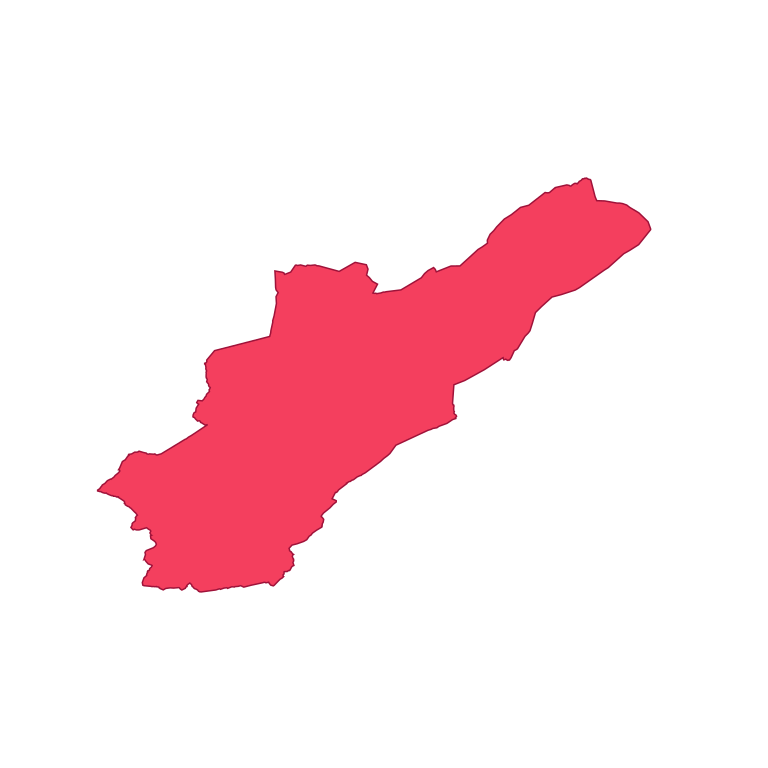 the district of Bjerkreim nor, Rogaland, Norway, rotated 338°
{"feature_id": "86288312B57729087865321", "entity_name": "Bjerkreim nor", "entity_type": "district", "adm_level": 2, "iso_a3": "NOR", "parent_name": "Norway", "parent_adm1": "Rogaland", "projection": "natural_earth1", "projection_center": [6.133, 58.655], "detail": "fine", "context": "isolated", "style": "filled", "palette": "rose", "viewbox_px": 768, "rotation_deg": 338, "n_neighbors": 0, "source": "geoboundaries", "source_scale": "gbopen_adm2", "svg_char_len": 6094}
<svg xmlns="http://www.w3.org/2000/svg" viewBox="0 0 768 768"><g transform="rotate(338 384 384)"><path d="M135.1,507.5L136.6,508.3L151.0,512.0L154.4,512.2L154.8,512.3L155.4,513.1L159.2,513.3L162.0,514.0L162.4,514.9L167.0,515.0L169.3,516.2L169.8,516.0L173.0,517.0L175.6,517.3L177.9,519.8L185.4,520.8L197.5,522.9L198.4,522.9L199.6,523.5L200.0,524.1L202.8,524.6L202.9,525.7L203.6,528.0L205.7,529.7L206.8,529.5L214.4,526.1L216.7,525.8L218.7,525.0L218.4,524.7L219.0,523.1L220.1,522.7L220.9,520.9L221.2,520.6L224.0,521.6L225.6,521.2L226.0,521.5L226.6,521.5L226.6,521.3L227.4,521.1L229.9,519.0L230.8,518.6L232.5,518.5L232.7,515.4L233.9,514.3L234.2,513.7L234.1,513.0L234.6,512.6L234.3,511.4L234.4,509.4L235.1,508.8L235.4,508.3L236.3,508.1L235.6,507.2L235.2,505.4L235.0,505.2L235.1,504.9L234.0,503.2L234.3,502.2L234.4,500.8L238.4,498.9L243.6,499.6L250.5,499.9L253.6,499.5L254.1,499.4L257.6,497.1L259.8,496.7L261.7,495.5L266.7,494.3L272.7,493.4L273.2,492.9L273.1,492.4L273.9,491.7L274.3,490.6L275.8,489.4L277.4,486.9L276.7,484.3L276.1,483.5L276.6,482.7L279.5,481.0L287.6,478.5L291.9,476.5L295.5,475.5L296.0,474.3L292.9,471.0L298.4,466.3L299.1,466.7L300.4,466.4L302.1,465.2L312.2,462.4L312.1,461.9L313.2,461.8L314.8,461.4L316.3,461.7L318.1,461.2L319.9,461.3L324.7,460.0L326.0,460.1L326.9,459.9L328.6,460.2L329.8,459.7L333.4,459.3L351.8,454.5L355.9,452.9L360.5,451.7L363.5,450.6L372.1,445.2L407.5,443.4L410.7,443.7L412.6,443.5L416.7,444.4L419.1,443.8L427.6,444.1L434.3,442.7L437.6,442.9L437.5,442.1L439.1,441.3L439.2,440.9L439.1,439.7L438.2,438.5L437.9,437.4L438.2,436.7L438.9,435.9L438.7,435.5L439.0,433.8L439.4,433.3L439.4,432.7L440.6,430.7L440.5,430.2L440.8,429.8L440.7,429.5L440.2,429.1L440.3,427.6L448.5,410.9L460.2,411.0L482.5,408.3L503.8,404.2L504.3,404.2L504.0,405.5L504.1,406.5L506.2,406.6L506.8,407.4L507.0,407.9L507.7,408.5L508.6,408.5L509.3,408.8L511.7,407.2L517.4,401.8L518.7,401.8L520.9,401.4L532.6,392.6L537.0,390.7L539.3,389.3L544.2,383.4L551.2,374.5L559.1,371.2L572.3,366.3L581.8,367.5L596.5,368.5L601.5,367.8L631.0,360.9L635.5,360.1L655.1,353.0L662.0,352.1L672.3,350.2L689.0,340.8L689.3,340.2L689.6,332.5L684.5,320.9L678.0,312.3L676.1,309.0L672.8,306.1L670.2,304.5L667.9,303.6L657.3,297.0L649.9,293.7L649.9,289.3L652.1,272.5L651.7,271.6L650.1,270.7L650.0,270.2L649.4,269.7L649.1,269.0L648.1,268.7L647.4,268.8L647.1,268.4L645.6,268.5L644.9,268.1L643.2,269.0L640.8,269.3L640.1,269.9L639.0,270.3L638.4,270.8L637.8,270.6L637.3,269.9L635.8,269.4L633.1,269.9L631.9,270.4L631.3,270.4L630.5,269.9L630.2,269.3L628.1,267.9L616.9,266.1L616.2,266.3L616.1,266.1L609.0,268.5L606.9,267.9L605.1,266.8L585.2,272.5L576.7,271.4L565.6,274.7L557.4,276.1L547.4,280.5L543.3,282.9L538.5,284.9L533.7,289.3L532.7,292.2L526.4,293.7L521.6,294.5L498.7,303.0L490.2,299.7L474.5,299.6L474.5,296.9L473.6,294.6L467.4,295.3L463.0,296.8L458.4,299.5L434.9,303.1L420.4,299.2L419.2,299.1L417.7,298.5L415.1,298.4L411.0,297.5L410.5,296.8L408.9,296.3L407.8,295.5L415.4,289.0L411.7,284.5L410.3,279.9L408.6,276.6L412.2,271.5L412.3,266.8L402.8,260.4L384.6,262.8L367.9,250.1L366.2,249.3L365.1,248.1L364.4,247.7L360.2,246.5L357.4,245.1L355.6,245.6L351.3,242.4L348.2,241.7L347.1,240.8L346.3,240.7L339.4,245.3L333.0,245.2L332.8,244.6L332.9,243.7L331.6,242.3L325.2,238.3L322.6,246.0L319.7,253.8L319.2,256.3L320.1,259.6L316.6,262.6L314.4,269.1L307.6,279.7L304.4,283.8L304.1,284.9L299.1,292.2L298.0,294.3L295.8,297.1L239.4,289.6L228.6,295.4L228.1,296.9L227.0,297.7L225.5,297.6L225.2,298.3L225.4,298.6L225.8,298.8L225.8,299.1L225.5,299.8L225.2,301.7L224.6,302.9L224.3,304.2L224.6,304.7L224.1,305.9L223.5,306.3L223.1,307.8L222.3,309.3L222.2,309.9L221.6,310.9L221.8,311.4L221.5,312.3L221.9,313.5L220.4,315.5L220.7,315.9L220.7,316.7L221.2,317.8L221.2,318.7L220.8,319.8L220.9,321.0L221.6,322.1L220.7,323.2L219.6,323.9L219.4,325.5L215.8,327.0L214.9,327.9L214.6,328.5L212.9,329.3L211.3,330.6L209.1,331.5L205.4,329.5L203.4,331.0L203.7,332.1L204.6,333.3L200.8,336.0L198.9,339.4L197.5,339.4L196.9,339.7L195.4,341.2L194.6,342.8L194.7,343.3L195.7,344.1L196.1,345.8L197.0,347.8L197.4,348.2L197.3,348.5L199.2,349.0L199.7,350.2L199.5,350.9L200.2,351.5L202.8,355.1L205.3,355.6L186.0,359.6L182.9,360.0L180.2,360.8L178.7,360.8L151.3,365.3L146.8,364.8L145.5,363.5L145.4,363.0L144.1,362.8L140.3,360.9L139.4,360.9L138.1,360.1L137.8,359.1L135.2,357.3L131.7,354.5L130.4,354.8L129.2,354.6L127.4,353.8L123.7,354.3L121.0,353.6L120.4,354.1L120.4,354.4L120.6,354.6L119.3,355.0L115.8,357.3L112.4,357.9L107.4,362.9L105.7,364.1L106.4,364.6L106.6,365.1L106.3,365.9L104.4,366.9L100.5,368.1L98.8,369.1L95.2,370.1L94.8,369.7L91.3,370.0L88.0,371.6L85.0,372.1L84.0,372.9L82.2,373.8L81.5,374.5L78.7,375.1L78.4,375.9L80.5,377.5L81.2,377.7L82.1,379.0L83.6,380.2L84.6,380.8L85.7,381.1L86.2,382.1L87.5,383.5L89.6,385.5L90.8,385.9L91.0,386.7L92.5,387.3L93.7,388.3L93.8,388.6L94.7,388.7L95.4,389.1L95.1,389.6L95.7,390.2L99.0,395.0L99.3,396.3L98.5,397.5L99.1,398.1L98.9,399.1L100.4,401.2L101.6,402.3L102.3,403.8L102.7,404.2L105.0,409.8L105.3,410.1L106.2,413.2L104.9,413.7L103.3,414.9L103.5,415.4L102.2,417.7L99.0,418.6L98.3,419.1L98.1,419.2L97.5,420.6L95.6,422.2L96.6,425.0L96.8,425.3L98.0,425.1L99.9,426.6L102.5,427.6L110.0,428.3L111.3,430.5L112.3,431.6L112.7,433.0L111.2,434.4L111.3,435.8L111.5,436.1L111.2,437.0L111.5,437.2L110.6,437.3L109.9,440.1L112.4,443.9L112.9,445.3L112.9,447.3L111.6,448.5L108.9,449.4L101.2,449.4L99.3,450.6L98.9,452.9L95.8,456.6L96.2,456.5L96.9,459.5L98.0,462.5L100.7,464.9L101.0,465.4L99.8,466.6L97.7,467.3L96.7,468.7L96.2,468.9L95.6,468.7L94.9,468.8L94.4,469.3L94.5,469.9L93.7,470.4L92.8,471.4L92.4,472.0L92.3,472.6L88.8,473.8L85.5,477.6L85.0,480.2L85.9,481.1L92.1,484.3L92.7,484.8L94.8,485.6L95.5,486.1L97.3,486.6L97.4,487.0L97.8,487.1L99.1,488.0L99.4,488.7L99.3,489.0L99.7,489.2L99.8,489.8L102.2,492.2L105.1,491.8L109.4,492.9L112.5,494.4L117.1,495.8L117.9,496.2L118.4,497.9L119.4,499.3L123.3,499.0L123.9,498.2L125.4,498.0L125.7,497.7L125.6,497.0L127.2,496.3L129.4,495.8L130.4,497.9L130.3,499.8L130.9,500.7L131.3,502.1L131.9,503.0L132.8,503.7L134.0,505.2L134.4,506.7L134.9,507.1L135.1,507.5Z" fill="#f43f5e" stroke="#9f1239" stroke-width="1.5"/></g></svg>